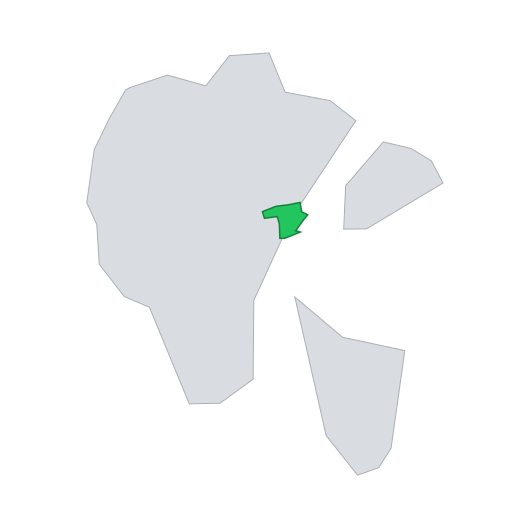 Kwai Tsing highlighted on a map of Hong Kong S.A.R., rotated 278°
{"feature_id": "HKG-5164", "entity_name": "Kwai Tsing", "entity_type": "state/province", "adm_level": 1, "iso_a3": "HKG", "parent_name": "Hong Kong S.A.R.", "parent_adm1": "", "projection": "robinson", "projection_center": [114.137, 22.356], "detail": "fine", "context": "in_parent", "style": "filled", "palette": "green", "viewbox_px": 512, "rotation_deg": 278, "n_neighbors": 0, "source": "natural_earth", "source_scale": "10m", "svg_char_len": 875}
<svg xmlns="http://www.w3.org/2000/svg" viewBox="0 0 512 512"><g transform="rotate(278 256 256)"><path d="M197.5,131.2L199.8,128.8L226.1,101.9L264.9,94.0L285.3,81.0L338.7,81.0L371.4,91.5L402.3,103.7L405.2,107.7L422.8,143.0L417.5,182.6L450.7,201.8L458.9,240.7L422.3,262.0L420.2,307.8L403.9,336.0L298.5,285.9L211.7,260.0L133.6,270.3L105.2,240.8L100.3,210.5L190.4,157.6L197.5,131.2ZM183.0,416.5L84.5,416.5L63.5,407.0L53.1,387.0L88.0,350.4L220.8,300.2L187.6,353.0L183.0,416.5ZM374.6,416.4L354.3,431.0L298.3,361.7L294.8,339.1L338.1,335.0L386.7,366.2L384.0,394.7L374.6,416.4Z" fill="#d9dde1" stroke="#a8b0b8" stroke-width="1"/><path d="M304.0,301.5L297.8,297.7L286.5,291.8L285.9,296.6L277.5,281.9L276.8,277.2L291.3,274.6L298.0,271.5L294.5,259.1L300.9,256.2L307.9,268.7L311.1,280.5L315.2,292.2L306.1,295.1L304.0,301.5Z" fill="#22c55e" stroke="#15803d" stroke-width="1.5"/></g></svg>